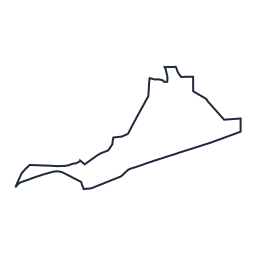 the district of Al Salam, Al Qahirah, Egypt
{"feature_id": "37247803B59541002076203", "entity_name": "Al Salam", "entity_type": "district", "adm_level": 2, "iso_a3": "EGY", "parent_name": "Egypt", "parent_adm1": "Al Qahirah", "projection": "mercator", "projection_center": [31.361, 30.163], "detail": "fine", "context": "isolated", "style": "outline", "palette": "slate", "viewbox_px": 256, "rotation_deg": 0, "n_neighbors": 0, "source": "geoboundaries", "source_scale": "gbopen_adm2", "svg_char_len": 5419}
<svg xmlns="http://www.w3.org/2000/svg" viewBox="0 0 256 256"><path d="M83.7,189.1L83.8,189.1L84.8,188.9L86.3,188.8L87.1,188.7L89.2,188.6L90.0,188.5L90.6,188.4L91.5,188.2L92.4,187.9L94.7,187.0L95.5,186.6L96.7,186.1L97.5,185.8L98.0,185.6L98.7,185.3L102.6,183.8L104.9,182.8L107.8,181.7L111.5,180.2L113.0,179.6L115.2,178.8L115.4,178.6L116.5,178.2L117.0,178.0L117.5,177.8L119.1,177.2L119.7,177.0L120.0,176.8L120.3,176.7L120.5,176.6L121.0,176.2L121.4,176.0L121.7,175.8L122.3,175.3L122.5,175.2L122.8,174.8L123.4,174.3L123.9,173.7L124.8,172.9L126.9,170.9L127.6,170.3L128.0,170.0L128.3,169.7L128.7,169.5L129.4,169.2L130.5,168.7L132.3,168.1L134.4,167.5L137.0,166.6L138.3,166.2L140.9,165.3L142.1,164.9L143.3,164.5L144.1,164.2L144.8,163.9L145.4,163.7L146.0,163.5L146.6,163.2L149.4,162.3L151.4,161.7L152.4,161.3L153.3,161.0L157.2,159.8L158.9,159.2L159.9,158.9L161.3,158.5L163.0,157.9L164.0,157.6L165.1,157.2L166.4,156.8L167.8,156.4L169.1,156.0L170.3,155.5L172.4,154.9L175.3,154.0L178.0,153.1L180.8,152.1L183.5,151.3L185.0,150.8L186.6,150.3L187.4,150.1L188.2,149.8L188.9,149.6L190.2,149.2L191.7,148.7L192.1,148.6L193.4,148.2L196.3,147.2L197.3,146.9L199.0,146.4L200.2,146.0L201.3,145.6L202.4,145.3L203.2,145.0L205.1,144.4L206.8,143.9L208.3,143.4L209.4,143.1L210.5,142.7L240.6,131.7L240.6,118.5L224.1,119.7L207.5,101.0L206.3,98.9L198.2,94.2L193.2,91.3L193.1,76.8L191.5,76.7L190.5,76.8L189.2,76.7L188.5,76.8L187.4,76.8L186.5,76.8L185.4,76.8L183.2,76.9L181.8,76.9L181.4,76.9L181.0,77.0L180.6,76.4L180.4,75.9L179.9,75.2L179.1,74.2L178.8,73.8L178.5,73.2L178.2,72.9L178.0,72.5L177.8,72.0L177.5,71.3L177.2,70.6L177.0,70.0L176.3,67.9L176.1,67.5L175.8,66.9L174.2,66.9L173.2,67.1L172.7,67.0L171.7,67.0L169.2,67.1L168.6,67.0L168.1,66.9L167.0,66.9L166.1,67.1L165.5,67.2L164.6,67.0L164.7,67.5L165.1,68.2L165.5,68.7L165.7,69.1L165.8,69.9L166.0,70.4L166.0,70.8L166.2,71.4L166.3,72.0L166.6,73.5L166.9,74.4L167.0,74.9L167.2,75.8L167.4,76.9L167.4,77.7L167.4,78.7L167.3,80.9L167.2,81.8L166.6,81.7L166.1,81.8L165.7,81.9L165.2,81.9L164.7,81.8L164.1,81.8L163.7,81.4L163.5,80.9L162.9,80.5L162.2,80.2L161.8,80.0L161.1,79.9L160.0,79.6L159.5,79.5L158.9,79.4L158.1,79.4L157.4,79.4L156.8,79.4L156.3,79.4L155.6,79.5L155.2,79.5L154.7,79.4L154.4,79.3L153.8,79.2L152.2,78.8L150.8,78.4L149.7,78.1L149.5,78.8L149.4,80.0L149.3,81.1L149.3,81.7L149.2,82.3L149.1,82.8L149.1,83.3L149.0,84.7L149.0,85.4L148.9,87.0L148.8,88.6L148.8,89.3L148.7,89.8L148.7,90.2L148.6,90.7L148.6,91.3L148.5,93.2L148.5,93.7L148.5,94.2L148.4,95.3L148.3,96.1L148.0,96.9L147.1,98.3L146.5,99.4L144.7,102.7L142.8,106.4L142.1,107.5L141.7,108.0L141.3,109.0L140.1,111.0L139.8,111.7L138.3,114.4L137.7,115.5L136.7,117.2L135.7,119.3L134.8,120.9L134.1,122.0L133.4,123.5L132.8,124.4L132.1,126.0L127.9,133.9L121.7,136.6L113.4,137.5L112.6,141.3L112.4,144.3L108.2,150.4L100.6,153.4L97.2,155.4L84.7,164.3L83.3,163.2L80.3,160.7L80.3,160.8L80.2,160.9L80.0,161.1L79.7,161.3L79.2,161.6L78.8,161.9L78.5,162.2L78.4,162.2L78.2,162.3L77.9,162.4L77.4,162.6L76.6,163.0L76.3,163.1L76.1,163.2L75.9,163.3L75.6,163.4L75.4,163.4L74.9,163.5L74.7,163.5L74.3,163.5L74.2,163.5L73.7,163.6L73.3,163.7L72.9,163.7L72.4,163.8L72.1,163.9L72.0,164.0L71.9,164.0L71.6,164.1L71.4,164.2L70.8,164.4L70.5,164.5L70.2,164.7L70.0,164.8L69.6,165.0L69.3,165.1L69.2,165.2L68.9,165.3L68.6,165.3L68.3,165.4L67.6,165.4L66.7,165.6L66.3,165.6L66.1,165.7L65.8,165.8L65.7,165.8L65.3,165.9L65.1,165.9L64.6,165.9L63.8,165.9L63.7,165.9L63.4,165.9L62.7,166.0L62.4,166.0L62.1,166.0L61.2,166.1L60.9,166.1L60.3,166.0L59.8,166.0L59.3,166.0L59.1,166.1L58.2,166.1L57.5,166.1L56.8,166.1L56.1,166.1L55.8,166.1L55.7,166.1L55.3,166.0L55.1,166.0L54.8,166.0L53.9,166.0L53.5,166.0L53.4,165.9L53.2,165.9L47.5,165.6L47.1,165.6L46.0,165.6L45.5,165.5L44.6,165.5L43.7,165.5L42.6,165.4L41.7,165.4L41.1,165.4L40.5,165.4L40.4,165.4L40.1,165.4L39.7,165.3L39.4,165.3L39.2,165.3L38.7,165.3L38.4,165.3L37.9,165.3L37.6,165.2L37.2,165.2L36.7,165.2L36.2,165.2L35.7,165.1L35.2,165.1L34.7,165.1L34.4,165.1L34.0,165.1L33.9,165.1L33.4,165.1L33.1,165.1L31.4,165.0L31.1,165.0L30.6,165.0L30.2,165.0L29.7,164.9L29.4,165.2L28.8,165.8L28.3,166.3L27.6,166.9L27.1,167.4L26.3,168.2L25.4,169.1L25.2,169.2L25.1,169.3L24.9,169.6L24.6,169.9L24.5,170.0L24.0,170.5L23.8,170.7L23.6,171.0L22.6,172.2L22.5,172.3L22.3,172.5L22.2,172.7L21.8,173.3L21.2,174.2L21.1,174.5L20.8,175.0L20.6,175.5L20.5,175.8L20.3,176.3L20.2,176.6L20.1,176.8L19.7,177.6L19.6,177.8L19.2,178.6L18.7,179.8L18.2,181.0L17.8,181.7L17.7,181.8L17.5,182.3L17.3,182.8L17.2,183.1L17.2,183.3L17.0,183.6L16.8,184.0L16.2,185.5L15.8,186.4L15.4,187.3L15.5,187.2L15.8,186.7L16.0,186.5L16.2,186.2L16.7,185.6L17.2,185.0L17.3,184.9L17.5,184.7L17.9,184.3L18.2,184.0L18.4,183.8L18.5,183.7L18.8,183.5L19.1,183.3L19.3,183.1L19.8,182.8L20.0,182.7L20.5,182.4L22.2,181.8L22.6,181.6L22.9,181.5L23.3,181.4L23.9,181.1L24.0,181.1L24.3,181.0L24.6,180.9L25.3,180.7L25.6,180.7L26.0,180.5L26.1,180.4L26.4,180.4L26.9,180.2L28.6,179.6L29.8,179.1L30.6,178.8L31.3,178.6L31.5,178.5L32.2,178.2L34.2,177.5L34.9,177.2L35.3,177.1L35.8,176.9L36.4,176.7L37.5,176.4L40.6,175.4L41.4,175.1L42.5,174.7L43.9,174.3L45.4,173.9L46.7,173.5L48.3,173.1L49.3,172.8L50.2,172.5L51.5,172.2L52.6,171.9L53.7,171.6L54.8,171.5L56.1,171.4L57.1,171.3L58.2,171.4L58.7,171.4L60.6,171.8L62.5,172.4L66.9,174.6L69.5,175.9L70.5,176.4L72.0,177.2L73.4,178.0L75.0,178.8L76.3,179.4L77.7,180.2L79.1,180.9L80.3,181.5L81.1,181.9L82.3,185.5L82.8,186.7L83.7,189.1Z" fill="none" stroke="#1e293b" stroke-width="2"/></svg>